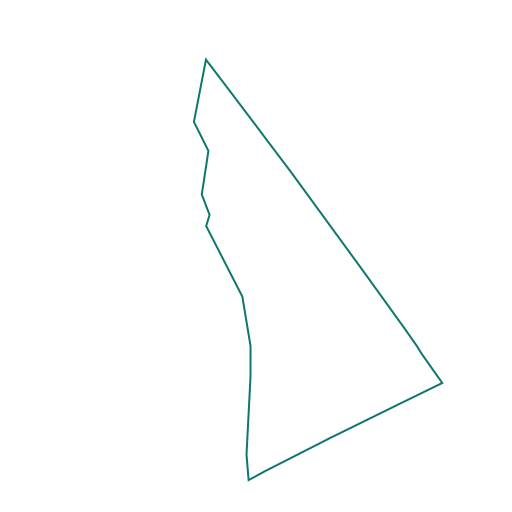 outline of Dade, Georgia, United States of America, rotated 153°
{"feature_id": "52423323B39037255369745", "entity_name": "Dade", "entity_type": "district", "adm_level": 2, "iso_a3": "USA", "parent_name": "United States of America", "parent_adm1": "Georgia", "projection": "orthographic", "projection_center": [-85.505, 34.804], "detail": "fine", "context": "isolated", "style": "outline", "palette": "teal", "viewbox_px": 512, "rotation_deg": 153, "n_neighbors": 0, "source": "geoboundaries", "source_scale": "gbopen_adm2", "svg_char_len": 469}
<svg xmlns="http://www.w3.org/2000/svg" viewBox="0 0 512 512"><g transform="rotate(153 256 256)"><path d="M265.4,60.1L194.9,59.1L147.7,58.3L152.9,94.4L153.4,101.9L156.6,124.5L167.4,194.5L186.8,315.4L194.9,361.1L194.9,361.3L204.9,417.6L211.2,452.3L211.4,453.7L250.4,403.7L250.7,371.2L276.4,335.4L278.7,313.7L286.8,305.3L286.6,226.0L301.7,178.4L315.5,151.3L354.7,83.2L364.3,59.7L345.4,60.2L272.0,60.2L265.4,60.1Z" fill="none" stroke="#0f766e" stroke-width="2"/></g></svg>